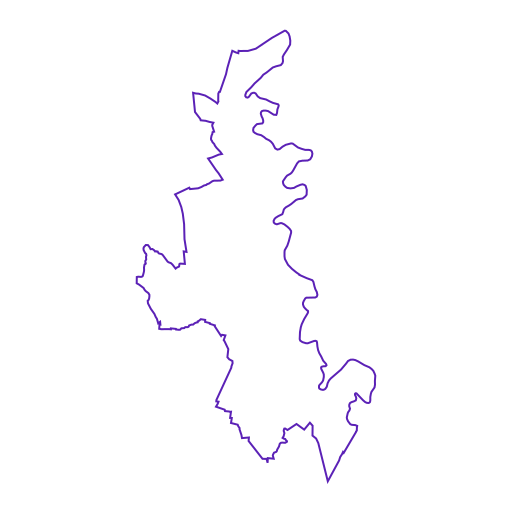 the district of Numarán, Michoacán, Mexico
{"feature_id": "50627088B90395598020447", "entity_name": "Numarán", "entity_type": "district", "adm_level": 2, "iso_a3": "MEX", "parent_name": "Mexico", "parent_adm1": "Michoacán", "projection": "robinson", "projection_center": [-101.961, 20.258], "detail": "fine", "context": "isolated", "style": "outline", "palette": "violet", "viewbox_px": 512, "rotation_deg": 0, "n_neighbors": 0, "source": "geoboundaries", "source_scale": "gbopen_adm2", "svg_char_len": 6064}
<svg xmlns="http://www.w3.org/2000/svg" viewBox="0 0 512 512"><path d="M284.7,30.7L271.9,37.9L255.8,48.7L248.0,50.9L239.9,51.0L238.6,50.8L238.3,53.2L236.0,52.5L232.3,50.8L227.4,67.8L226.0,74.2L219.9,91.9L219.1,91.9L218.3,93.6L218.2,100.6L218.4,101.4L217.3,103.5L215.7,102.1L210.5,98.6L205.1,95.5L198.7,93.7L195.8,93.5L193.1,92.8L195.0,112.0L200.2,118.8L200.7,120.3L205.6,120.8L209.4,121.9L213.4,122.7L212.2,125.0L212.3,126.1L214.1,131.7L212.6,132.1L212.2,134.3L211.6,135.4L211.4,136.3L211.0,138.4L211.1,139.7L211.9,140.8L212.5,142.2L214.2,144.0L214.9,145.6L216.5,147.8L220.3,151.8L221.9,154.0L218.8,154.6L211.9,157.5L208.1,158.5L215.9,169.9L218.6,173.3L222.7,179.7L220.3,180.6L213.9,180.7L212.4,181.2L208.9,183.6L207.0,184.2L206.4,184.9L204.0,185.5L201.4,187.0L198.1,188.3L190.0,189.1L189.3,187.7L175.1,194.4L178.6,199.9L181.3,207.1L182.8,213.7L184.1,224.1L184.5,239.2L186.5,251.9L183.7,251.4L184.9,263.9L180.1,263.6L179.4,264.1L179.1,266.5L176.6,267.7L175.6,268.6L172.5,264.6L170.9,263.1L168.6,262.3L167.6,261.6L162.8,255.1L161.7,254.1L159.1,253.5L158.6,253.2L157.6,251.5L156.6,251.6L156.0,251.2L155.1,251.5L154.1,250.2L152.4,249.0L150.6,249.2L149.7,247.4L148.0,245.1L145.8,245.0L143.9,247.1L143.5,248.2L143.6,250.0L145.1,253.0L146.1,253.8L146.4,255.3L146.0,256.9L146.2,259.5L145.3,261.0L145.4,262.5L145.8,263.2L145.5,264.0L144.8,264.2L144.5,264.6L144.0,267.5L144.1,270.1L143.9,271.8L143.1,274.9L142.7,276.1L142.3,276.5L141.1,276.9L138.2,276.7L136.8,277.0L136.7,283.3L139.1,284.6L143.6,288.0L144.5,289.7L145.7,291.1L148.4,293.1L149.4,294.8L149.4,296.4L149.1,298.7L148.6,299.9L147.7,300.8L148.0,303.4L150.8,308.8L154.4,313.9L155.7,316.9L156.9,318.8L158.2,323.3L160.1,321.8L160.4,324.6L159.5,324.5L159.2,328.8L161.1,329.2L168.8,329.1L170.9,329.3L170.9,328.4L175.9,328.9L176.0,329.5L178.9,329.8L180.1,329.7L181.4,328.3L184.2,328.1L185.3,327.1L187.8,327.1L188.6,326.7L189.1,325.5L191.5,324.6L193.1,324.6L194.7,323.2L196.2,322.6L197.7,322.3L197.7,321.4L199.1,320.7L200.8,319.2L205.2,319.9L205.1,321.9L209.8,323.1L209.8,323.8L214.9,325.4L214.7,326.2L221.1,336.0L222.0,334.8L225.4,335.4L223.7,340.1L224.5,341.2L228.3,349.1L227.4,357.2L229.2,359.3L232.4,361.0L232.6,363.2L231.4,366.5L231.3,367.7L216.4,400.0L216.3,401.4L218.5,401.7L217.7,403.8L216.0,406.7L224.7,409.7L225.0,411.1L229.2,411.5L229.7,411.8L231.0,411.7L230.1,417.9L231.8,418.0L231.0,423.0L237.7,424.7L238.3,426.3L239.6,428.1L239.5,429.2L241.4,434.9L242.0,438.1L248.9,437.5L248.6,441.0L262.5,458.8L266.3,458.9L266.6,459.1L267.6,462.8L267.8,458.1L273.7,458.7L272.8,455.5L273.0,454.7L274.0,452.7L276.3,451.8L276.8,451.1L277.2,449.6L279.0,446.5L279.8,443.7L280.9,442.8L282.2,442.6L285.2,442.8L286.9,441.8L287.0,441.2L286.0,440.3L285.2,439.0L283.9,438.7L282.6,437.9L283.6,436.3L284.4,433.1L283.7,430.9L283.9,429.6L284.3,428.6L285.1,428.5L287.5,430.0L296.5,424.0L304.2,429.6L309.9,422.7L312.6,425.7L312.5,435.6L316.1,438.5L318.3,443.1L327.8,481.3L339.1,460.5L340.2,457.0L342.0,454.2L343.0,452.0L343.7,452.9L356.0,432.0L356.0,431.6L356.8,430.6L356.9,427.6L357.2,425.9L355.3,425.1L351.7,424.8L350.3,424.2L348.0,421.2L347.0,418.9L346.8,417.4L347.7,413.3L348.2,412.1L349.4,410.5L350.0,408.7L349.2,406.1L349.3,404.7L349.9,403.2L351.3,402.2L353.8,401.4L355.8,400.4L356.3,398.4L355.9,396.7L355.0,394.9L355.0,393.9L355.5,393.3L356.5,393.4L363.1,400.3L365.2,402.1L366.7,402.8L368.4,403.0L369.3,402.7L370.0,402.0L370.3,400.4L370.3,397.0L370.9,393.6L371.5,391.8L374.5,387.5L375.0,384.7L374.9,381.0L375.3,375.7L374.6,373.6L373.3,370.8L371.6,369.0L369.4,367.3L364.3,365.1L358.3,361.5L355.4,360.1L353.1,359.6L350.6,359.7L348.0,361.0L346.0,363.7L341.0,369.6L330.7,378.5L329.0,380.5L327.6,383.3L326.8,386.7L325.3,388.9L324.3,389.5L323.0,389.9L321.0,389.5L319.4,388.6L319.0,387.8L319.0,385.9L319.4,385.1L322.0,382.3L323.1,380.5L323.8,377.0L323.8,374.5L323.2,372.7L321.2,368.8L321.1,367.5L321.5,366.8L323.3,366.3L325.6,366.2L326.5,365.2L326.1,364.0L323.2,360.7L321.2,356.5L319.3,353.2L318.1,350.1L317.4,346.5L317.0,342.3L316.6,341.2L315.4,340.8L314.0,341.0L307.7,343.3L305.9,343.2L302.4,342.1L300.2,340.6L299.7,339.1L300.0,332.0L300.8,327.3L301.7,324.3L304.2,319.0L307.7,313.2L308.1,311.9L307.9,310.8L307.1,310.4L305.1,308.4L303.8,306.8L303.0,304.5L303.0,302.9L303.7,301.1L305.2,298.5L306.3,297.7L315.3,297.5L316.8,296.6L317.4,294.9L316.8,292.0L315.4,289.3L314.5,286.5L313.4,281.9L312.3,280.2L306.8,278.2L299.4,274.9L299.5,274.6L296.3,272.4L292.0,268.9L288.0,264.8L284.9,259.0L284.5,256.3L284.5,252.2L284.7,250.3L287.3,245.7L288.7,241.6L291.1,232.7L291.1,231.0L289.6,228.8L287.6,226.9L284.4,224.4L281.6,223.1L280.5,223.1L276.9,224.3L275.2,223.8L273.8,222.6L273.6,220.9L274.5,219.0L275.6,217.8L278.3,216.1L282.3,214.2L283.1,212.2L283.8,209.6L284.5,208.6L286.0,207.2L288.7,205.7L291.1,204.1L296.0,200.0L298.0,199.2L302.6,198.5L305.3,196.4L306.6,194.7L306.8,189.9L305.7,186.0L304.6,185.0L302.6,184.3L300.4,184.8L296.4,186.5L294.0,187.9L290.5,188.4L287.1,187.9L285.4,186.7L283.8,185.0L283.2,183.6L282.9,181.7L283.2,180.9L285.8,177.1L287.1,175.6L290.5,173.7L291.8,172.5L293.1,170.6L297.1,163.4L298.9,161.4L302.4,160.7L307.7,160.5L310.2,159.3L311.9,156.4L312.4,153.7L311.9,151.6L311.1,150.6L310.0,150.1L308.8,149.9L305.3,149.9L301.8,148.9L298.0,147.5L292.7,143.6L291.1,143.4L285.8,144.8L282.5,146.7L279.6,149.1L277.4,149.6L275.2,148.4L272.8,143.8L271.0,141.7L269.0,140.2L266.1,138.8L264.1,137.1L261.2,135.2L257.3,134.2L255.0,133.0L253.5,131.8L253.1,130.1L253.5,127.9L255.5,125.5L257.0,124.1L262.4,123.4L263.2,122.1L263.2,120.5L262.6,118.3L261.7,116.6L260.8,113.7L261.0,112.3L261.9,111.1L263.5,110.6L265.7,110.6L268.1,111.1L273.7,114.7L276.3,114.9L277.0,113.0L277.4,109.4L278.5,106.5L278.7,105.3L278.1,104.3L273.0,102.9L269.7,101.4L266.1,99.5L260.1,98.1L257.7,96.4L255.7,93.5L254.4,92.8L253.1,92.8L251.3,93.5L248.9,96.8L247.7,97.6L246.2,97.3L245.3,96.1L245.3,94.9L246.4,92.0L251.3,87.2L254.6,83.4L260.8,77.8L263.3,74.7L266.6,72.5L272.8,67.5L276.1,66.3L280.8,65.1L282.5,63.1L283.0,61.2L282.7,56.9L283.9,54.5L287.0,49.9L290.1,44.6L290.3,40.7L289.6,36.4L288.5,33.5L285.9,30.9L284.7,30.7Z" fill="none" stroke="#5b21b6" stroke-width="2"/></svg>